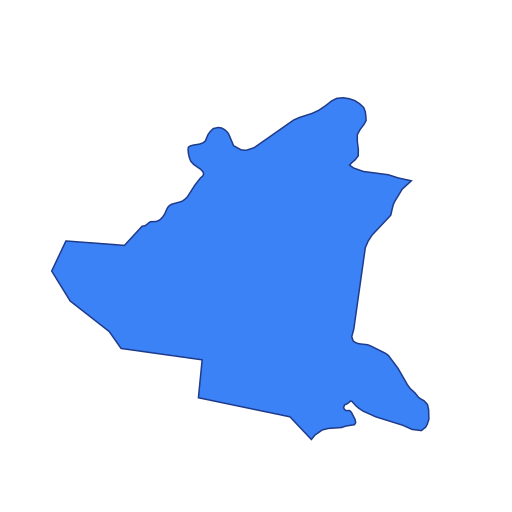 an SVG outline of Santo Domingo de los Tsáchilas, rotated 190°
{"feature_id": "ECU-5508", "entity_name": "Santo Domingo de los Tsáchilas", "entity_type": "Province", "adm_level": 1, "iso_a3": "ECU", "parent_name": "Ecuador", "parent_adm1": "", "projection": "albers", "projection_center": [-79.253, -0.324], "detail": "fine", "context": "isolated", "style": "filled", "palette": "blue", "viewbox_px": 512, "rotation_deg": 190, "n_neighbors": 0, "source": "natural_earth", "source_scale": "10m", "svg_char_len": 1856}
<svg xmlns="http://www.w3.org/2000/svg" viewBox="0 0 512 512"><g transform="rotate(190 256 256)"><path d="M373.4,265.5L370.8,266.4L369.1,267.9L367.7,269.7L366.0,271.4L360.9,272.5L358.9,273.4L356.6,275.3L354.6,278.4L353.1,281.7L352.3,285.4L351.3,288.6L349.9,290.8L347.8,292.5L340.1,296.1L338.0,297.3L336.0,299.4L334.0,302.0L328.4,315.4L324.3,323.1L322.3,325.6L321.8,327.7L322.9,329.7L325.4,331.7L333.1,335.2L336.7,338.0L338.9,341.6L340.4,345.4L341.4,348.9L341.5,351.4L339.8,353.0L336.6,354.5L331.3,356.3L328.0,358.1L325.9,360.4L324.4,367.0L322.7,370.6L320.2,374.1L315.5,376.0L312.1,376.1L308.7,374.9L305.9,373.1L304.2,371.5L297.2,360.7L288.9,357.9L284.0,358.4L276.6,362.4L242.6,396.4L237.6,399.8L225.5,406.2L219.5,410.4L213.4,416.3L208.4,421.9L203.8,425.3L197.6,427.0L191.6,427.1L185.7,426.2L180.3,423.9L175.7,420.9L173.4,417.0L172.2,413.1L171.1,408.6L172.4,404.6L175.5,398.5L177.3,393.1L176.1,386.3L173.7,378.7L172.7,372.4L175.0,368.0L177.8,364.6L179.7,361.8L175.2,359.6L165.0,357.9L139.8,359.0L129.7,357.6L116.1,357.0L123.7,347.1L128.9,333.6L129.8,330.0L130.4,319.5L145.3,296.8L148.2,290.0L149.8,283.1L147.0,200.9L147.7,193.2L145.4,189.0L141.4,187.6L138.2,187.5L130.7,188.0L127.7,187.4L111.5,182.6L108.4,181.1L96.6,170.0L84.6,155.6L81.2,152.3L75.4,148.6L71.4,145.0L68.8,143.8L65.5,142.7L61.4,139.6L59.3,134.6L57.4,125.4L58.1,120.2L59.2,116.9L62.8,112.8L72.2,112.3L82.0,114.8L110.1,118.4L123.5,121.8L128.3,123.9L131.8,126.0L136.3,129.5L137.7,129.6L139.1,127.8L140.7,126.2L142.9,124.8L143.4,121.9L142.4,120.4L140.5,119.4L139.0,119.6L137.7,120.0L136.4,119.8L134.8,118.5L129.9,112.0L128.9,109.1L129.7,107.0L138.0,104.1L142.1,101.9L154.7,98.8L160.5,96.2L166.8,90.0L169.6,84.9L194.6,103.5L288.1,106.4L291.0,144.4L372.8,141.5L387.4,156.1L431.2,179.4L454.6,205.7L445.8,237.8L387.4,243.6L373.4,265.5Z" fill="#3b82f6" stroke="#1e3a8a" stroke-width="1.5"/></g></svg>